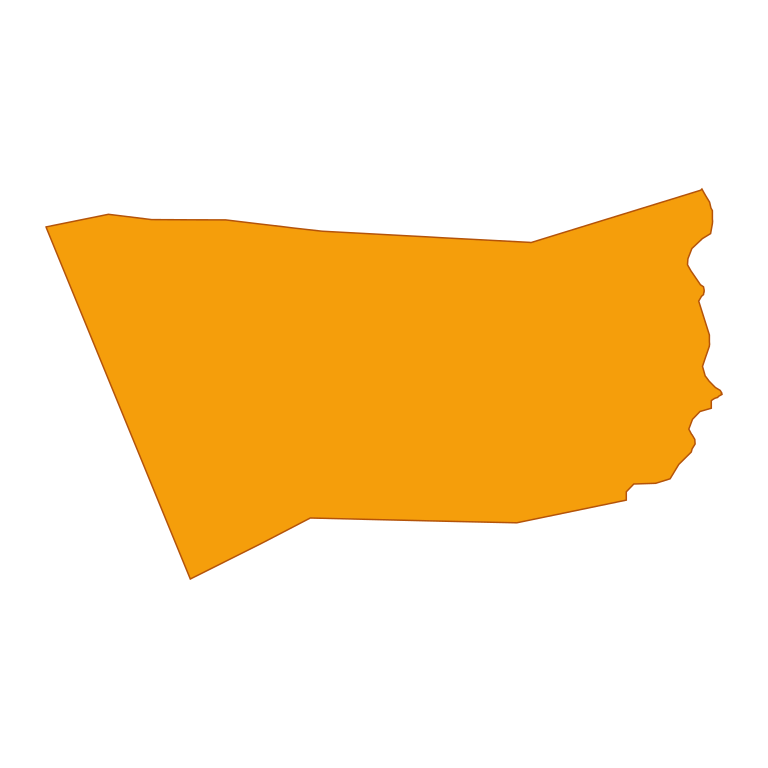 Reifi Hamashkureib, Kassala, Sudan
{"feature_id": "16777658B48283750984727", "entity_name": "Reifi Hamashkureib", "entity_type": "district", "adm_level": 2, "iso_a3": "SDN", "parent_name": "Sudan", "parent_adm1": "Kassala", "projection": "albers", "projection_center": [36.838, 16.811], "detail": "fine", "context": "isolated", "style": "filled", "palette": "amber", "viewbox_px": 768, "rotation_deg": 0, "n_neighbors": 0, "source": "geoboundaries", "source_scale": "gbopen_adm2", "svg_char_len": 1305}
<svg xmlns="http://www.w3.org/2000/svg" viewBox="0 0 768 768"><path d="M46.1,226.9L46.2,227.5L129.0,429.5L147.5,474.6L190.3,579.0L262.4,542.9L310.3,518.0L426.7,520.8L457.2,521.5L516.8,522.8L626.3,500.1L626.3,491.8L633.8,484.0L655.7,483.3L670.1,478.8L672.8,474.3L673.0,474.1L673.6,473.0L678.8,464.4L691.3,452.0L692.1,448.9L695.1,444.0L694.8,439.4L692.0,434.7L691.6,434.4L688.8,429.1L692.5,419.3L700.0,411.5L711.3,408.2L711.3,400.8L712.1,400.0L713.8,398.9L715.3,398.1L717.5,397.5L718.9,396.1L721.9,394.5L721.3,393.8L721.9,393.2L720.2,390.4L715.4,387.5L712.9,385.0L709.0,381.0L706.3,377.3L705.2,376.0L702.5,366.4L705.5,357.4L706.8,353.7L709.4,346.1L709.4,345.2L709.6,344.3L709.4,341.9L709.4,335.0L698.7,301.1L701.5,296.3L703.5,294.6L703.8,292.5L704.2,291.9L704.0,291.5L704.2,290.3L703.5,286.8L700.4,284.7L699.4,283.2L690.9,270.8L687.5,264.8L687.9,258.8L691.9,248.5L702.4,238.6L710.6,233.6L712.4,223.6L712.6,221.2L712.4,219.1L712.4,210.6L711.1,208.3L710.9,207.8L709.8,203.0L709.5,202.0L705.6,195.6L703.5,191.9L701.9,189.0L700.7,190.2L700.1,190.4L530.9,242.6L530.2,242.4L443.1,237.8L426.3,236.8L401.7,235.5L375.9,234.1L331.1,231.7L327.5,231.5L322.0,231.2L292.5,227.9L285.5,227.0L257.3,223.7L225.7,219.9L190.2,219.8L151.6,219.6L108.4,214.3L46.1,226.9Z" fill="#f59e0b" stroke="#b45309" stroke-width="1.5"/></svg>